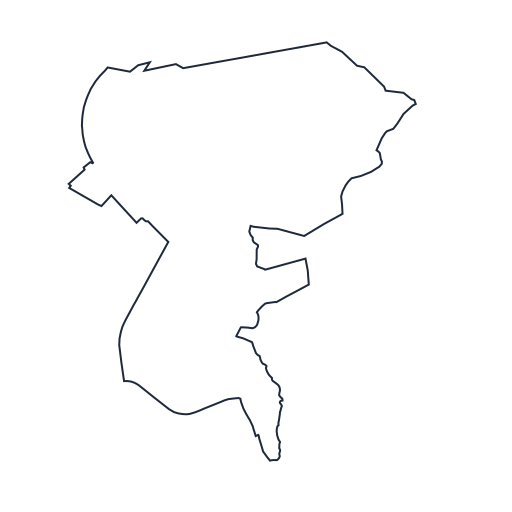 Kosofe, Lagos, Nigeria, rotated 353°
{"feature_id": "59680162B6009908161486", "entity_name": "Kosofe", "entity_type": "district", "adm_level": 2, "iso_a3": "NGA", "parent_name": "Nigeria", "parent_adm1": "Lagos", "projection": "albers", "projection_center": [3.4, 6.587], "detail": "fine", "context": "isolated", "style": "outline", "palette": "slate", "viewbox_px": 512, "rotation_deg": 353, "n_neighbors": 0, "source": "geoboundaries", "source_scale": "gbopen_adm2", "svg_char_len": 4022}
<svg xmlns="http://www.w3.org/2000/svg" viewBox="0 0 512 512"><g transform="rotate(353 256 256)"><path d="M110.1,364.1L112.7,364.4L115.0,364.9L117.2,365.6L119.9,367.0L121.8,368.3L123.8,369.9L129.7,375.9L137.5,383.9L144.3,390.7L150.5,396.9L151.2,397.6L152.8,398.8L154.6,400.2L155.5,400.9L159.8,402.8L162.7,403.6L163.7,403.9L167.4,404.6L170.7,404.7L176.2,403.8L181.6,402.4L186.4,401.0L188.7,400.4L202.3,396.8L207.3,395.4L210.5,394.8L211.5,394.7L216.2,394.7L219.9,394.8L221.1,394.8L222.5,395.4L223.2,396.0L223.1,396.4L223.2,397.3L223.5,399.8L224.9,405.8L226.8,411.1L229.0,416.2L229.3,416.8L230.0,418.4L231.5,423.0L231.9,424.1L232.0,424.6L232.1,425.2L232.2,425.9L232.4,427.2L233.3,432.0L233.8,434.7L234.4,434.5L235.6,434.1L236.3,433.8L236.6,434.1L236.8,434.9L237.0,437.7L238.6,446.9L239.2,450.9L242.9,457.5L245.0,460.8L246.7,460.6L248.9,460.7L250.6,460.9L251.8,461.2L252.8,460.6L254.1,459.5L255.0,458.1L255.2,457.4L255.0,456.1L255.0,455.4L255.3,454.2L255.7,453.4L256.1,452.7L256.2,451.9L256.2,451.4L256.1,450.6L255.7,450.0L255.6,449.6L255.7,449.0L255.9,448.3L256.1,446.6L256.2,446.0L256.6,444.8L257.2,443.5L256.8,442.7L256.0,441.0L255.6,439.1L255.4,437.9L255.3,437.3L255.1,436.3L255.2,435.0L255.2,434.6L255.1,433.0L255.3,431.7L255.4,431.0L255.8,429.4L256.5,427.7L257.1,427.1L257.7,426.8L257.8,425.2L258.0,424.1L258.8,421.7L260.6,415.1L260.6,414.8L260.7,414.0L260.9,413.5L261.5,412.7L261.8,411.4L262.2,410.5L262.7,409.4L263.1,408.6L263.4,408.1L262.8,406.2L262.2,405.5L262.0,405.1L261.8,404.4L261.8,404.0L262.0,403.6L262.6,403.1L263.3,402.7L264.0,402.7L264.7,402.7L264.7,402.4L264.8,401.4L264.7,400.7L263.9,400.0L262.8,398.5L262.0,397.0L262.2,396.1L262.6,394.5L263.2,393.1L263.5,391.6L263.5,390.1L263.2,388.7L262.7,387.5L262.1,386.5L260.9,385.3L258.6,383.1L257.5,382.1L257.0,381.2L256.8,380.6L256.8,379.8L257.0,379.0L256.7,378.6L255.3,376.9L254.3,375.4L253.5,373.7L252.8,371.7L252.4,369.9L252.2,368.7L252.3,368.1L252.9,367.0L253.0,366.4L252.0,365.2L250.9,364.4L249.9,364.0L249.0,362.7L248.3,361.0L248.0,360.0L247.7,358.9L247.7,357.3L247.3,355.5L246.5,355.2L245.1,353.8L244.1,352.3L243.3,349.0L242.4,345.5L241.6,341.1L233.5,336.3L232.0,335.6L229.5,334.6L227.0,333.5L227.0,333.3L226.7,333.1L232.1,325.2L232.5,324.9L238.8,326.0L243.9,327.3L244.5,327.1L245.3,326.9L246.3,326.6L246.9,326.1L247.8,325.4L248.5,324.6L249.1,323.7L249.5,322.5L250.0,321.6L250.7,319.6L251.0,317.5L251.1,316.1L250.7,313.7L250.0,311.9L251.9,310.0L255.7,306.8L259.1,304.5L260.8,304.1L269.8,304.0L270.6,304.3L281.3,299.9L289.7,296.7L304.9,290.8L305.6,276.8L304.8,264.6L263.5,270.7L263.4,270.4L255.9,266.5L255.0,263.8L256.2,259.4L257.5,249.6L259.2,246.8L259.2,245.4L255.5,242.1L254.6,239.7L255.1,237.5L253.2,234.5L252.3,231.0L254.3,225.5L257.3,226.7L272.9,230.4L280.6,231.6L306.2,242.0L327.7,232.4L347.0,224.7L347.7,215.1L347.7,207.4L349.8,202.4L353.7,196.6L356.8,193.3L360.3,190.5L369.6,189.4L380.5,186.5L386.6,183.6L389.3,182.4L392.0,179.9L392.5,177.6L391.7,175.4L391.6,172.7L391.4,168.9L390.1,167.1L388.5,165.7L395.2,154.4L398.9,150.0L400.9,148.2L407.8,146.5L412.7,141.5L419.8,132.9L429.8,125.8L433.1,124.6L432.1,120.5L429.5,119.4L428.7,118.6L422.3,112.0L404.8,107.7L403.8,103.6L386.5,81.9L379.5,79.5L366.3,63.8L356.0,56.6L352.2,52.6L206.6,60.7L199.9,55.8L167.7,58.5L174.2,50.8L162.3,52.3L153.4,57.7L131.7,50.8L129.1,53.3L123.0,58.2L118.0,63.1L112.4,70.0L108.4,76.6L106.3,80.6L103.3,87.3L101.4,93.7L101.0,95.3L100.3,98.3L99.1,105.4L99.1,107.3L98.8,114.5L99.3,121.3L99.6,123.6L100.2,127.4L101.9,133.6L103.3,137.9L105.6,143.6L105.0,144.0L102.9,142.7L95.7,147.1L96.4,149.4L78.9,161.6L80.7,163.7L78.9,165.7L105.4,185.6L108.7,187.6L119.8,178.1L126.7,187.8L141.5,208.5L146.5,204.7L148.0,204.8L149.8,207.1L151.1,208.2L153.1,208.4L156.9,213.6L170.7,231.4L170.2,232.0L155.9,251.9L141.0,272.7L137.4,277.7L133.8,282.6L133.5,283.0L132.2,284.9L128.4,290.0L118.7,303.7L116.2,307.6L114.7,310.1L113.1,313.8L112.7,314.7L110.5,321.3L109.4,327.8L109.4,333.6L109.4,339.8L109.4,345.0L109.7,359.4L109.8,364.1L110.1,364.1Z" fill="none" stroke="#1e293b" stroke-width="2"/></g></svg>